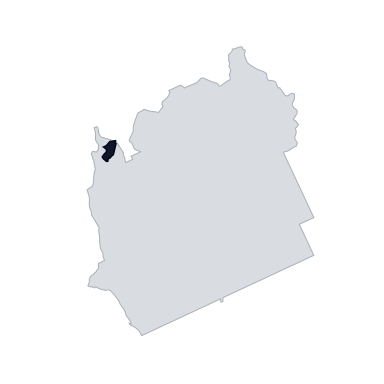 Baw, Blue Nile, Sudan shown in context, rotated 155°
{"feature_id": "16777658B5498813311295", "entity_name": "Baw", "entity_type": "district", "adm_level": 2, "iso_a3": "SDN", "parent_name": "Sudan", "parent_adm1": "Blue Nile", "projection": "mercator", "projection_center": [33.983, 11.162], "detail": "fine", "context": "in_parent", "style": "filled", "palette": "ink", "viewbox_px": 384, "rotation_deg": 155, "n_neighbors": 0, "source": "geoboundaries", "source_scale": "gbopen_adm2", "svg_char_len": 4431}
<svg xmlns="http://www.w3.org/2000/svg" viewBox="0 0 384 384"><g transform="rotate(155 192 192)"><path d="M253.6,291.6L250.7,291.5L250.3,290.8L250.4,288.9L250.7,287.4L251.8,285.1L251.5,283.8L251.7,281.9L250.9,279.9L243.8,273.9L242.4,272.2L238.5,270.7L239.2,269.0L237.6,256.7L238.4,255.3L238.6,253.1L238.6,251.2L239.5,248.1L239.6,246.7L232.0,246.6L231.9,248.0L232.2,249.5L232.2,250.1L221.6,250.2L225.9,255.0L226.1,257.1L225.8,259.8L225.9,261.5L226.1,262.6L227.3,264.7L227.2,265.1L226.9,265.6L219.4,272.1L218.1,275.1L217.1,276.6L215.0,279.2L208.1,286.1L207.0,286.5L201.7,286.8L201.2,286.9L200.8,287.3L200.6,287.2L196.1,283.2L188.6,278.3L183.6,280.9L182.2,281.8L182.2,284.1L181.5,285.3L180.1,286.6L176.4,287.4L174.5,288.1L172.2,289.4L170.0,291.6L169.8,292.7L170.1,293.7L157.4,293.7L156.5,292.9L154.7,289.3L153.4,289.5L141.8,289.1L140.2,289.5L136.8,290.9L135.2,291.2L133.5,290.5L127.4,283.4L126.0,282.5L124.7,280.8L123.4,280.1L122.9,279.5L122.8,278.8L122.8,277.2L122.4,276.2L121.4,276.0L113.2,277.7L112.1,277.5L110.4,277.8L109.8,278.1L109.1,279.0L108.9,281.0L108.7,281.9L108.1,283.0L105.8,285.4L105.3,286.5L105.4,289.1L105.2,290.5L104.9,291.1L103.8,292.1L103.5,292.7L103.1,296.1L101.8,298.2L101.5,298.9L101.4,300.4L101.2,300.8L97.5,302.0L96.1,302.8L95.3,303.9L95.1,304.4L93.5,304.0L91.5,303.7L87.6,303.3L86.1,302.8L85.3,302.0L85.6,299.9L85.2,299.5L84.6,299.1L84.1,298.2L84.2,297.2L86.3,294.8L86.7,293.5L87.2,287.5L87.1,285.7L85.5,282.3L81.7,276.5L80.8,275.4L76.2,270.6L75.6,269.9L74.5,267.9L75.8,263.5L75.8,262.2L75.5,261.0L74.3,260.0L73.3,259.9L71.9,258.7L71.0,258.2L70.2,257.1L69.7,255.7L70.1,250.5L69.8,249.8L68.6,249.6L68.3,249.2L68.4,248.2L67.7,245.2L67.0,242.7L67.4,241.4L66.4,239.5L64.5,238.7L60.8,239.3L59.6,239.2L58.8,238.9L58.3,238.2L58.0,237.4L58.3,236.2L59.3,233.9L60.6,232.1L63.3,230.4L64.0,229.5L64.4,228.5L64.5,227.4L64.3,226.2L64.0,225.1L63.2,223.7L62.5,222.0L62.5,220.8L62.8,220.0L63.6,219.0L66.2,217.0L68.9,215.4L69.4,214.9L69.2,214.2L68.0,212.8L67.6,210.2L66.9,208.4L68.3,207.1L69.3,206.6L70.9,206.2L71.5,205.6L71.7,204.5L71.6,203.5L72.2,202.7L73.0,201.0L73.6,200.3L75.7,198.3L76.1,197.1L76.3,195.9L75.7,192.2L76.9,190.7L78.4,189.4L80.6,189.5L84.1,189.2L86.4,188.7L88.1,188.7L91.9,189.4L92.3,189.1L92.5,188.1L92.4,117.3L108.2,117.4L108.4,117.2L108.4,83.1L207.8,83.2L208.7,83.0L210.2,79.8L210.9,79.6L211.9,79.8L212.3,80.5L211.4,83.1L298.3,83.1L298.4,87.0L299.1,90.2L301.6,94.6L303.7,97.0L304.4,98.4L304.5,99.0L304.4,99.6L303.8,98.9L302.7,98.5L302.6,100.5L303.1,104.8L303.9,107.8L303.3,110.6L303.4,115.2L304.5,120.8L304.3,124.4L306.1,132.7L307.8,137.3L308.8,138.4L309.9,139.0L312.0,139.4L315.0,141.7L317.5,144.2L318.3,145.5L319.5,146.9L320.3,146.6L320.8,146.2L321.6,147.4L325.4,149.8L326.0,151.0L324.6,152.1L323.0,154.0L322.2,155.8L321.8,156.4L320.5,157.5L320.3,158.0L319.8,158.4L319.2,158.4L317.9,159.0L316.7,158.8L315.5,159.1L315.0,159.6L314.1,159.9L312.8,160.1L310.8,161.6L309.0,162.4L308.4,163.0L307.5,166.0L306.9,166.8L304.3,166.8L303.0,167.1L301.3,166.8L300.4,166.8L300.2,167.5L299.9,170.0L300.0,171.1L298.5,174.1L298.9,179.5L297.5,183.6L297.3,184.6L295.9,187.8L295.2,189.0L293.4,195.0L292.7,196.9L291.2,198.8L292.7,213.3L291.4,217.7L291.5,220.1L290.6,223.7L289.9,225.3L288.7,227.3L287.7,229.5L286.9,232.4L286.3,237.9L286.1,238.4L281.5,239.1L280.0,239.5L279.1,240.1L277.9,241.5L275.5,245.4L274.3,247.8L272.4,251.0L270.2,253.3L269.7,254.4L269.3,256.5L268.5,259.8L267.7,262.1L267.9,264.0L267.2,267.2L267.3,268.8L266.5,269.7L265.4,270.5L264.7,270.7L261.5,268.5L259.3,270.0L257.9,272.1L256.8,274.3L257.4,278.7L257.4,279.7L257.1,280.8L254.9,285.2L254.3,287.2L253.7,290.7L253.6,291.6Z" fill="#d9dde1" stroke="#a8b0b8" stroke-width="1"/><path d="M258.5,261.8L258.5,260.9L258.4,260.5L258.3,259.7L258.1,259.1L257.8,258.6L257.3,257.5L256.9,256.8L257.0,256.6L256.9,256.4L256.7,256.1L256.0,255.6L255.9,255.5L255.2,255.5L255.0,255.8L254.4,256.8L253.0,257.9L252.1,257.4L250.4,258.2L248.7,258.9L248.5,258.7L248.2,258.8L247.9,259.0L246.9,259.7L244.2,263.2L241.0,267.2L240.6,267.7L240.4,267.9L240.7,269.4L240.3,270.1L239.9,270.9L242.1,271.5L243.7,272.0L244.1,272.2L244.4,272.4L244.8,272.4L245.3,272.4L248.9,270.7L250.0,270.3L252.5,270.1L253.2,270.2L252.0,267.7L251.1,266.6L252.0,266.0L252.4,264.5L253.2,264.4L253.5,264.1L254.8,263.8L255.0,263.7L255.4,263.4L255.9,263.3L256.5,263.0L256.6,262.9L256.8,262.8L257.2,262.5L257.3,262.2L257.5,262.3L257.6,262.2L258.5,261.8Z" fill="#0f172a" stroke="#020617" stroke-width="1.5"/></g></svg>